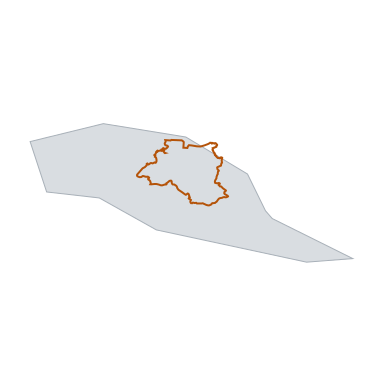 Ngerutchei, Ngeremlengui, Palau shown in context, rotated 94°
{"feature_id": "81905179B75346360802885", "entity_name": "Ngerutchei", "entity_type": "district", "adm_level": 2, "iso_a3": "PLW", "parent_name": "Palau", "parent_adm1": "Ngeremlengui", "projection": "natural_earth1", "projection_center": [134.542, 7.526], "detail": "fine", "context": "in_parent", "style": "outline", "palette": "amber", "viewbox_px": 384, "rotation_deg": 94, "n_neighbors": 0, "source": "geoboundaries", "source_scale": "gbopen_adm2", "svg_char_len": 5385}
<svg xmlns="http://www.w3.org/2000/svg" viewBox="0 0 384 384"><g transform="rotate(94 192 192)"><path d="M202.1,337.0L153.0,357.0L130.0,285.2L137.6,202.0L170.2,137.9L205.6,117.4L212.9,110.1L247.2,27.0L254.0,72.8L232.3,224.9L204.4,284.1L202.1,337.0Z" fill="#d9dde1" stroke="#a8b0b8" stroke-width="1"/><path d="M203.7,191.8L202.5,190.3L202.8,188.8L202.5,187.0L203.1,186.3L202.8,181.7L202.5,180.5L203.2,178.7L203.4,178.1L203.9,176.8L204.2,175.2L204.2,174.1L203.7,173.0L203.0,171.8L202.6,171.7L202.2,171.5L201.9,171.2L201.6,170.5L201.6,169.6L201.4,168.9L201.3,168.3L201.1,168.0L200.7,167.8L200.0,166.8L197.7,165.4L196.7,164.6L196.2,163.7L196.0,163.0L195.8,162.1L195.7,161.6L195.1,160.6L194.8,159.5L195.0,158.6L194.8,157.3L194.3,156.3L193.9,155.8L193.3,156.1L191.7,159.3L190.8,159.8L189.7,159.6L188.9,158.6L188.1,158.3L187.7,158.9L186.1,161.5L184.6,163.1L184.4,163.6L184.5,164.4L183.2,165.8L182.9,165.5L182.2,165.0L181.6,164.9L181.1,165.8L181.5,167.0L181.5,168.4L181.2,169.6L180.2,169.9L178.8,169.7L176.7,168.6L175.3,168.6L173.4,168.1L172.2,167.5L171.6,167.6L170.9,167.6L169.7,167.4L169.1,166.8L168.7,166.8L167.6,168.1L166.0,168.6L165.6,168.5L165.3,168.1L165.0,167.5L163.6,164.9L162.0,164.8L161.2,164.6L160.7,164.1L159.9,164.3L159.3,164.4L158.4,164.6L156.3,164.3L155.9,164.3L155.7,164.3L155.6,164.6L155.5,164.8L155.6,165.0L155.5,165.3L155.4,165.5L155.7,166.0L155.9,166.2L156.0,166.2L156.3,166.3L156.4,166.5L156.3,166.9L156.4,167.0L156.3,167.4L156.3,167.5L156.2,168.1L156.3,168.3L156.2,168.7L156.2,168.8L155.9,169.0L155.7,169.3L155.6,169.5L155.4,169.6L155.2,169.7L155.1,169.8L155.0,170.0L154.9,169.9L154.7,170.0L154.4,170.2L154.2,170.4L154.1,170.6L153.9,170.9L153.8,171.1L153.8,171.3L153.7,171.5L153.4,171.4L153.3,171.5L153.2,171.4L152.7,171.5L152.4,171.8L152.2,172.2L151.9,172.4L151.8,172.2L151.7,172.2L151.4,172.3L151.1,172.6L151.0,172.9L150.8,173.1L150.6,173.3L150.4,173.4L150.1,173.6L149.7,173.7L149.5,173.8L149.4,173.9L148.8,174.3L148.7,174.2L148.6,174.3L148.4,174.3L148.2,174.4L148.0,174.2L147.8,174.2L147.7,174.3L147.4,174.3L146.9,174.4L146.9,174.1L146.7,173.9L146.5,173.7L146.3,173.4L146.3,173.1L146.3,172.9L146.2,172.8L146.2,172.7L145.9,172.5L145.8,172.1L145.5,171.4L145.4,171.2L145.2,171.3L144.8,171.2L144.8,170.9L144.7,170.8L144.4,170.7L144.1,170.5L143.8,170.5L143.7,170.3L143.5,170.2L143.2,170.2L142.9,170.4L142.8,170.8L142.7,170.9L142.6,171.0L142.2,171.2L142.0,171.3L141.6,172.2L141.6,172.3L141.8,172.5L142.0,172.5L141.8,172.5L141.8,172.8L141.9,173.5L142.0,173.5L141.9,173.8L141.8,174.0L141.8,174.5L141.6,174.8L141.6,175.1L141.7,175.4L142.1,175.6L141.9,175.8L141.8,176.2L141.7,176.2L141.6,176.3L141.6,177.0L141.6,177.3L141.8,177.4L143.0,179.3L144.5,182.5L146.0,186.5L146.1,190.3L145.6,195.5L145.5,198.3L146.9,199.3L148.4,199.7L148.4,203.7L142.8,203.7L142.2,204.2L141.2,205.8L141.5,216.3L142.1,216.9L142.1,222.3L142.4,222.2L142.6,222.1L142.7,221.9L143.5,221.8L144.3,222.1L145.1,222.5L145.4,222.6L145.6,222.5L146.3,222.4L146.5,222.3L146.8,222.1L146.9,221.9L147.1,221.8L147.2,221.5L147.6,219.7L147.8,219.5L148.0,219.3L148.4,219.1L149.2,219.6L149.4,219.8L149.6,219.9L150.1,220.5L150.3,220.8L150.5,220.9L150.5,221.0L150.7,221.4L150.7,222.0L150.7,222.6L150.6,222.8L150.5,223.1L150.6,223.3L151.0,223.2L151.6,222.7L152.0,222.5L152.3,222.6L152.5,222.9L152.9,223.4L153.0,223.4L153.9,222.8L154.7,222.0L154.9,221.8L155.0,221.4L155.1,221.7L155.0,221.9L154.9,222.1L153.7,223.1L153.2,223.5L152.9,223.5L152.6,223.3L152.3,222.8L152.1,222.7L151.9,222.7L151.3,223.1L151.2,223.2L150.8,223.4L150.5,223.6L150.4,223.7L150.3,223.8L150.5,224.1L150.9,224.3L151.5,224.3L151.7,224.5L151.8,224.8L151.7,225.3L151.8,225.6L152.0,225.7L152.4,225.2L152.5,225.0L152.9,224.9L153.1,225.1L153.1,225.3L152.9,226.0L153.0,227.2L153.5,228.7L153.4,229.1L153.2,229.4L153.4,229.6L153.5,229.7L153.8,229.6L154.2,229.4L154.4,229.4L154.6,229.7L154.6,230.0L154.4,230.4L154.6,230.6L155.3,230.6L155.5,230.6L156.0,230.9L156.7,231.2L157.4,231.2L157.4,231.3L157.4,231.8L157.6,232.1L157.8,232.2L158.0,232.0L158.0,231.5L158.2,231.1L158.4,231.1L158.7,231.3L159.3,231.3L159.5,231.4L160.1,230.4L160.6,230.1L162.6,229.6L164.1,229.6L165.2,230.1L165.4,230.6L165.1,230.9L165.1,231.4L166.2,233.2L166.0,234.3L165.9,234.9L166.3,235.7L167.1,236.5L167.6,237.3L167.6,237.9L167.1,238.1L166.7,238.4L167.0,239.1L167.9,239.1L168.7,239.2L170.5,240.8L171.8,242.9L178.4,247.9L178.8,248.0L179.4,248.0L179.7,247.9L180.2,247.4L180.7,245.9L180.8,245.6L180.8,244.7L180.5,243.4L179.9,242.8L179.5,242.2L179.5,241.6L180.0,239.2L179.8,237.1L180.6,235.8L181.1,235.9L181.4,236.1L181.6,236.6L182.0,236.7L182.5,236.5L182.8,236.1L183.2,235.3L184.0,234.5L185.3,234.0L186.3,233.7L187.2,234.1L187.2,233.3L186.7,230.4L186.5,228.5L186.6,227.3L187.0,225.2L187.4,224.0L187.5,223.3L187.5,222.9L187.4,222.1L186.7,220.3L186.2,219.1L186.4,218.7L186.2,218.1L185.8,217.9L185.1,218.1L184.9,217.8L183.4,216.1L182.5,215.3L182.1,213.8L182.5,213.2L182.9,213.0L183.8,213.0L185.2,212.4L185.8,211.8L185.8,210.9L185.8,210.1L186.1,209.5L186.6,209.0L186.8,208.2L187.7,207.5L189.4,206.8L190.7,205.7L193.0,201.7L194.8,198.9L195.0,198.3L195.2,197.9L193.8,196.2L193.9,195.8L194.2,195.3L195.0,194.9L196.5,194.3L196.9,194.4L197.1,194.5L197.3,194.3L197.3,194.0L197.5,193.8L198.0,194.0L198.2,194.4L198.4,194.6L198.7,194.8L199.0,194.5L199.4,193.4L200.0,192.5L200.7,192.7L201.2,193.0L202.2,192.9L203.0,192.4L203.3,192.0L203.5,191.7L203.7,191.8Z" fill="none" stroke="#b45309" stroke-width="2"/></g></svg>